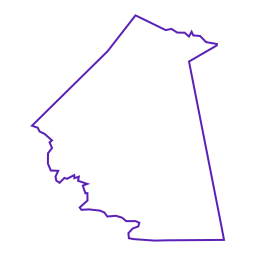 the district of Polk, Texas, United States of America
{"feature_id": "52423323B71522839301040", "entity_name": "Polk", "entity_type": "district", "adm_level": 2, "iso_a3": "USA", "parent_name": "United States of America", "parent_adm1": "Texas", "projection": "robinson", "projection_center": [-94.922, 30.818], "detail": "fine", "context": "isolated", "style": "outline", "palette": "violet", "viewbox_px": 256, "rotation_deg": 0, "n_neighbors": 0, "source": "geoboundaries", "source_scale": "gbopen_adm2", "svg_char_len": 803}
<svg xmlns="http://www.w3.org/2000/svg" viewBox="0 0 256 256"><path d="M32.0,125.7L37.8,127.8L39.6,131.5L44.6,133.9L52.0,140.4L49.6,142.2L52.0,148.0L48.0,153.3L47.9,163.6L50.8,170.5L58.2,170.8L55.5,176.7L56.3,180.6L59.6,182.8L64.4,177.9L67.0,178.8L74.2,175.1L74.4,178.2L78.8,176.7L78.1,180.8L87.3,183.9L82.8,185.6L85.4,193.3L87.4,193.1L87.5,200.5L79.7,207.5L81.4,209.8L89.0,209.4L99.9,210.6L104.4,212.5L107.3,216.5L115.9,215.8L122.0,217.6L126.2,221.1L135.5,221.1L139.3,222.8L138.3,226.4L132.7,228.5L128.4,233.2L128.9,238.2L133.6,239.1L154.5,240.6L167.5,240.3L224.0,239.9L221.7,227.6L189.0,61.5L216.8,45.4L216.9,44.0L206.1,42.1L200.1,36.0L193.3,35.4L191.6,31.7L189.0,36.5L184.6,32.7L177.3,32.6L171.4,28.9L165.7,30.1L135.5,15.4L107.6,51.2L32.0,125.7Z" fill="none" stroke="#5b21b6" stroke-width="2"/></svg>